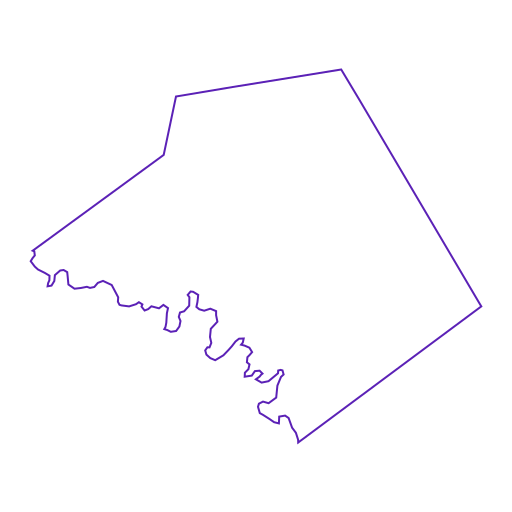 the district of Mills, Texas, United States of America
{"feature_id": "52423323B24678536385719", "entity_name": "Mills", "entity_type": "district", "adm_level": 2, "iso_a3": "USA", "parent_name": "United States of America", "parent_adm1": "Texas", "projection": "natural_earth1", "projection_center": [-98.73, 31.477], "detail": "fine", "context": "isolated", "style": "outline", "palette": "violet", "viewbox_px": 512, "rotation_deg": 0, "n_neighbors": 0, "source": "geoboundaries", "source_scale": "gbopen_adm2", "svg_char_len": 1764}
<svg xmlns="http://www.w3.org/2000/svg" viewBox="0 0 512 512"><path d="M359.2,99.5L341.2,69.5L232.7,87.0L176.0,96.5L163.7,154.9L32.7,250.7L34.3,251.4L34.8,255.4L32.6,258.1L30.7,261.2L34.8,266.6L38.0,269.5L44.8,272.9L49.5,275.7L49.4,280.2L48.1,283.2L47.6,286.3L51.5,285.6L54.3,281.0L54.9,275.1L60.2,270.5L63.6,270.0L67.2,272.1L67.6,275.8L68.4,284.5L74.5,288.7L80.8,288.0L86.9,286.8L90.0,287.9L94.3,287.0L97.8,282.9L103.0,280.9L111.7,285.0L118.2,297.3L117.9,301.7L119.5,304.8L121.4,305.4L129.1,306.4L136.0,304.2L138.9,302.2L142.4,304.4L141.5,306.6L144.6,310.5L148.2,309.1L151.4,306.3L159.0,308.3L163.4,304.9L168.0,308.1L166.9,313.2L166.3,322.8L165.5,326.9L164.3,329.1L167.2,330.0L170.8,331.8L176.1,331.0L179.4,326.5L180.5,321.0L178.8,316.9L180.0,312.5L184.1,311.3L189.2,305.7L189.4,297.2L187.7,294.9L190.6,291.5L193.1,291.8L198.2,294.9L197.9,298.1L197.4,302.2L196.4,306.9L199.3,309.3L204.2,310.7L210.3,308.7L216.1,311.1L216.1,315.2L217.4,321.7L210.8,328.8L210.0,337.0L211.3,342.9L209.5,347.4L207.4,347.3L205.2,350.4L206.4,354.6L210.3,358.1L215.2,360.2L223.4,355.3L228.5,350.0L231.8,346.3L235.5,341.5L239.0,338.7L243.7,338.5L242.8,342.6L241.1,344.7L244.6,345.6L249.4,347.7L252.1,352.1L249.6,355.0L247.4,357.2L246.9,362.3L249.5,364.4L248.4,369.2L244.9,372.7L244.7,376.7L251.8,375.6L254.9,371.1L259.6,370.7L262.5,373.6L261.0,374.8L259.6,376.6L255.9,379.3L261.6,382.6L268.5,381.2L278.0,373.3L278.2,370.5L280.6,369.9L282.5,370.4L283.6,374.5L281.0,376.9L277.4,385.6L276.2,397.6L268.6,403.2L263.0,401.6L258.9,403.7L258.0,406.8L259.8,413.1L262.9,414.8L269.2,418.8L274.1,422.2L278.9,423.4L279.0,421.4L279.2,416.6L285.1,415.6L288.6,418.0L292.1,427.7L295.9,432.8L298.1,439.7L298.2,442.5L481.3,306.4L478.6,301.9L359.2,99.5Z" fill="none" stroke="#5b21b6" stroke-width="2"/></svg>